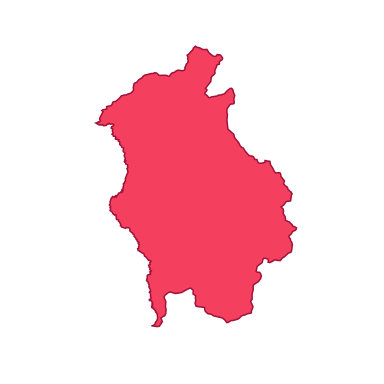 the district of San Agustín, Huila, Colombia, rotated 199°
{"feature_id": "7082276B97741553625130", "entity_name": "San Agustín", "entity_type": "district", "adm_level": 2, "iso_a3": "COL", "parent_name": "Colombia", "parent_adm1": "Huila", "projection": "albers", "projection_center": [-76.402, 1.927], "detail": "fine", "context": "isolated", "style": "filled", "palette": "rose", "viewbox_px": 384, "rotation_deg": 199, "n_neighbors": 0, "source": "geoboundaries", "source_scale": "gbopen_adm2", "svg_char_len": 6011}
<svg xmlns="http://www.w3.org/2000/svg" viewBox="0 0 384 384"><g transform="rotate(199 192 192)"><path d="M186.8,52.3L181.1,53.4L179.3,54.3L178.9,55.0L178.8,56.5L178.1,57.7L178.5,58.7L177.7,59.6L180.3,62.6L179.4,64.3L177.4,66.3L177.3,68.5L178.0,71.7L178.4,72.9L179.8,74.8L180.8,79.0L181.5,80.5L183.5,82.4L184.1,83.6L184.0,85.5L181.8,88.9L180.8,90.0L179.6,90.4L174.6,90.6L169.2,93.5L165.4,97.8L162.8,100.3L161.5,100.7L160.4,100.0L159.3,99.8L158.8,99.2L157.8,95.9L154.6,95.0L154.5,93.3L153.0,90.2L153.0,88.4L152.7,87.5L151.0,85.4L150.4,85.3L142.7,86.9L142.2,86.6L142.0,85.5L140.5,83.4L137.3,82.1L133.8,82.7L131.4,81.9L122.4,82.8L119.3,81.7L116.5,79.8L115.3,80.6L113.3,83.0L111.3,83.9L107.3,86.7L106.1,88.2L104.7,91.2L102.3,92.7L99.4,95.3L96.9,96.5L96.6,97.8L97.3,99.2L96.9,100.6L97.0,103.5L101.0,107.7L100.2,110.0L102.0,115.3L102.3,119.5L103.7,123.6L103.3,124.7L100.1,128.9L98.9,132.3L99.1,135.2L100.8,137.4L102.1,138.1L104.3,137.4L105.5,137.7L106.2,143.0L102.7,148.0L103.0,151.9L102.7,152.5L100.9,153.2L98.4,153.2L97.4,152.1L97.3,150.5L95.7,150.5L93.8,152.1L91.7,154.8L87.6,155.4L86.1,156.0L85.2,158.8L83.4,161.0L80.9,165.9L80.2,166.1L78.9,167.2L78.7,168.3L79.0,170.4L80.1,175.2L81.4,177.1L82.9,178.1L83.8,179.8L85.6,180.8L86.2,181.5L84.3,185.0L84.3,186.5L83.2,188.3L81.7,189.5L81.3,191.3L81.5,192.1L83.9,192.6L85.6,192.5L86.7,193.7L90.1,195.3L94.3,195.6L95.9,199.0L98.9,201.5L99.2,203.8L100.3,205.6L102.9,206.8L100.8,209.9L100.0,213.3L98.5,214.4L96.3,215.3L95.9,215.9L96.9,220.8L96.8,222.9L97.5,223.2L97.9,224.1L98.8,224.2L102.2,225.9L103.4,227.6L105.9,228.3L107.9,229.4L108.2,230.2L108.2,232.6L113.0,235.7L114.2,238.2L114.8,238.6L116.0,238.7L118.8,237.4L120.4,237.8L123.5,240.9L126.8,243.5L128.3,246.4L131.5,245.7L133.1,245.7L133.2,245.2L132.6,244.0L134.7,242.3L137.7,241.1L139.1,241.4L141.1,243.8L143.3,243.3L145.3,245.3L146.9,245.6L148.4,245.1L150.3,245.2L155.4,248.2L157.7,250.2L159.8,250.5L161.6,251.5L164.1,254.0L169.4,257.2L171.2,260.1L178.6,263.2L182.4,271.4L183.7,276.7L184.9,278.6L186.0,282.0L184.6,287.0L184.0,287.7L181.4,288.9L181.0,289.9L182.8,293.8L183.0,297.3L184.8,299.1L186.8,302.2L188.3,302.9L189.5,302.5L191.6,299.3L193.3,295.4L196.8,292.9L198.7,292.1L199.6,290.9L204.0,288.6L206.2,286.9L207.1,286.7L208.5,287.9L211.9,289.1L212.2,290.1L211.2,291.8L211.0,293.4L213.0,294.4L210.2,302.5L210.9,305.5L210.9,307.8L209.3,310.4L208.9,311.9L210.0,314.2L209.6,318.8L210.0,319.9L209.9,320.2L207.8,321.7L207.8,322.4L208.5,323.8L208.5,324.4L206.6,326.8L206.6,328.6L209.3,330.6L210.3,330.8L213.0,330.0L213.6,328.1L214.4,327.7L216.3,327.4L221.3,329.2L224.3,331.7L228.0,330.2L231.5,330.8L235.1,330.5L236.3,331.0L237.6,328.3L237.5,326.6L238.7,324.5L239.9,321.4L241.2,319.8L239.8,318.3L239.4,316.3L238.5,315.3L238.3,314.2L238.2,312.7L239.1,310.8L238.9,309.5L239.3,307.4L238.7,306.4L238.9,304.9L239.6,304.0L240.7,303.5L244.9,302.7L246.7,300.9L247.4,299.6L249.5,298.2L250.6,296.3L251.0,294.1L252.2,293.7L253.8,294.0L255.8,293.5L261.0,291.6L264.1,292.9L264.9,292.9L266.4,292.5L267.2,291.4L268.8,290.9L274.9,287.0L276.0,285.3L276.2,284.2L278.9,280.7L280.1,277.5L281.3,276.7L282.0,275.7L281.6,271.8L280.5,269.4L280.7,268.3L282.0,265.5L284.9,263.5L285.7,262.3L287.9,261.5L290.1,259.9L291.3,256.8L293.4,253.1L295.9,251.5L296.2,249.9L296.0,248.9L296.7,247.3L300.5,245.0L299.7,242.7L303.1,240.6L303.8,239.7L302.3,239.0L303.3,231.6L302.8,230.3L301.8,229.8L301.7,229.3L302.4,228.0L303.5,227.9L303.6,227.0L305.3,225.9L302.1,225.2L298.8,226.0L298.5,226.5L296.9,225.9L294.5,227.3L294.3,228.7L293.0,229.1L292.7,230.0L291.3,229.5L289.6,230.4L288.1,230.3L287.8,230.0L287.9,229.0L289.3,227.5L289.3,226.5L289.0,225.8L288.2,226.1L287.2,225.5L287.3,223.9L285.8,222.3L286.5,220.6L285.1,220.1L284.5,219.1L282.7,219.6L281.8,219.2L281.6,218.8L282.0,217.8L281.7,217.1L278.3,217.6L278.5,216.3L277.9,216.0L276.7,216.0L275.8,213.4L273.6,212.4L272.8,211.4L270.9,211.2L270.6,208.5L270.0,207.8L268.5,207.2L267.9,206.4L268.0,204.4L266.6,202.7L265.8,202.1L266.1,200.6L264.7,199.9L264.9,199.5L265.9,199.1L265.9,198.7L264.4,197.8L263.7,196.9L262.1,196.9L261.5,196.6L261.3,195.0L260.5,194.1L261.2,192.9L259.9,191.5L258.9,189.5L259.4,186.6L259.2,186.1L259.4,183.8L259.3,182.6L258.5,180.4L258.9,180.0L258.7,178.4L259.4,178.0L259.6,177.3L258.8,176.2L258.8,174.4L258.3,173.1L258.8,172.0L258.0,171.5L257.7,170.6L258.9,170.5L258.1,169.1L259.3,168.9L259.4,168.2L260.9,167.1L261.4,164.9L262.1,164.0L261.8,163.0L262.0,162.5L263.2,163.4L263.8,161.6L265.5,162.0L265.8,161.6L265.8,160.5L266.4,159.9L266.1,159.1L266.4,158.1L266.3,156.1L265.6,154.4L265.9,152.9L264.0,151.6L264.5,150.6L263.6,149.8L263.4,147.7L261.6,147.3L260.7,146.8L259.7,145.7L257.7,144.9L256.8,145.8L256.4,145.7L254.8,141.9L254.1,141.4L253.0,141.9L252.6,141.8L252.0,140.5L251.0,140.1L248.9,138.3L248.7,136.8L247.9,136.9L247.3,136.0L243.1,136.0L242.5,137.0L241.7,137.0L240.8,137.6L239.6,137.5L238.4,136.6L238.3,135.1L235.6,133.9L234.5,133.7L234.3,133.1L233.3,133.0L232.5,132.2L232.4,131.3L230.1,130.1L229.5,129.1L228.5,129.0L228.1,128.0L227.0,127.2L226.5,127.4L225.9,127.0L226.1,125.7L224.6,125.0L224.7,123.2L224.1,121.7L225.0,120.8L223.8,119.1L223.0,119.4L222.1,118.8L221.1,118.8L220.2,118.3L217.2,117.8L216.0,115.9L214.6,115.7L210.7,113.2L210.0,113.6L209.7,113.3L208.5,113.4L208.1,113.0L208.9,111.2L208.0,110.0L209.2,108.7L207.6,106.5L207.1,106.5L206.6,106.0L206.6,104.8L204.7,104.1L205.1,103.2L205.8,102.8L205.1,102.2L205.3,101.7L204.6,101.3L204.5,100.5L206.8,99.3L207.1,98.4L206.4,96.0L206.1,93.4L203.9,92.4L203.7,91.5L202.2,90.3L201.9,88.2L199.5,86.1L199.4,85.2L198.8,84.6L199.6,83.9L199.6,83.1L198.7,83.0L197.7,81.4L197.1,79.4L196.5,79.0L196.3,78.2L196.2,76.9L196.5,76.6L197.3,76.6L197.2,75.8L196.7,75.5L196.2,75.9L194.8,75.8L194.4,75.1L193.6,74.9L193.5,74.0L193.1,74.1L192.6,73.3L193.2,72.7L192.3,71.7L193.1,71.0L192.5,70.5L192.4,69.6L191.6,69.4L191.2,69.8L190.2,68.9L189.5,68.9L189.3,68.5L188.3,68.2L188.0,67.5L187.1,67.3L187.1,66.5L185.7,66.0L183.6,62.2L183.3,59.2L184.2,56.5L183.9,56.1L184.0,54.8L185.3,53.1L186.8,52.3Z" fill="#f43f5e" stroke="#9f1239" stroke-width="1.5"/></g></svg>